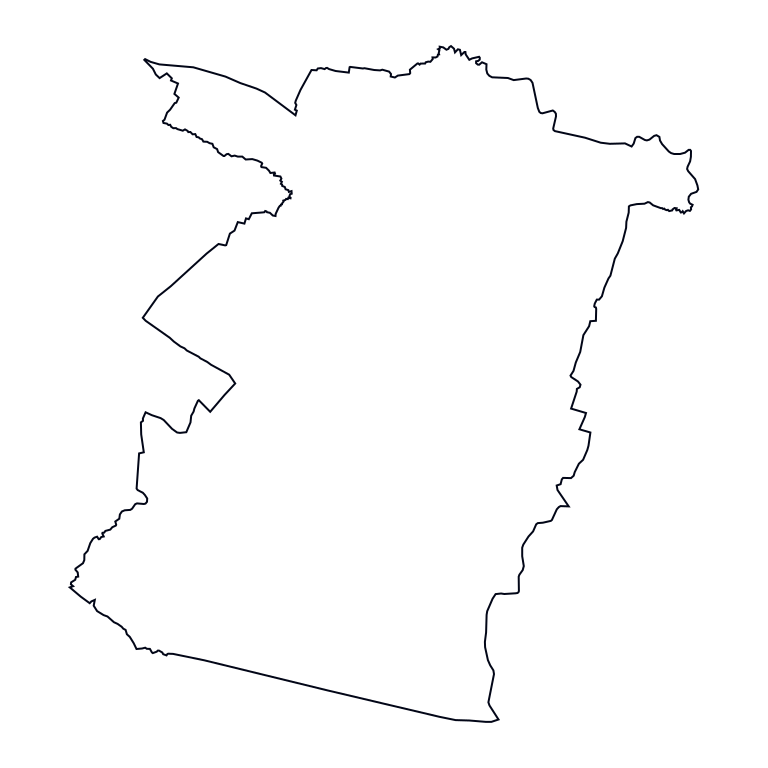 outline of Chian Yai, Nakhon Si Thammarat, Thailand
{"feature_id": "78962969B18712329384624", "entity_name": "Chian Yai", "entity_type": "district", "adm_level": 2, "iso_a3": "THA", "parent_name": "Thailand", "parent_adm1": "Nakhon Si Thammarat", "projection": "orthographic", "projection_center": [100.156, 8.119], "detail": "fine", "context": "isolated", "style": "outline", "palette": "ink", "viewbox_px": 768, "rotation_deg": 0, "n_neighbors": 0, "source": "geoboundaries", "source_scale": "gbopen_adm2", "svg_char_len": 6003}
<svg xmlns="http://www.w3.org/2000/svg" viewBox="0 0 768 768"><path d="M439.4,716.8L455.6,720.1L469.3,720.5L486.2,721.9L491.3,721.9L498.5,719.5L489.5,705.5L488.4,702.3L494.0,674.1L493.4,670.4L490.2,665.3L487.9,660.1L485.1,647.2L484.9,641.9L486.1,632.4L486.6,614.9L487.2,611.2L492.6,598.7L495.6,594.1L501.1,593.5L504.3,594.0L515.5,593.3L517.5,593.0L518.4,592.3L518.9,591.1L518.7,576.7L519.4,574.7L522.7,570.1L523.8,566.1L522.2,556.2L522.2,547.7L523.3,544.6L528.5,536.5L533.1,531.4L536.2,524.3L537.8,523.1L542.9,522.7L550.8,520.9L551.9,520.0L556.8,509.3L558.8,507.1L560.5,506.1L568.7,506.4L557.5,490.0L556.7,485.5L560.6,484.2L561.8,479.4L563.1,477.9L571.0,478.1L573.7,475.7L574.7,472.2L578.9,463.7L583.1,459.8L587.3,450.0L588.5,445.7L590.4,432.5L579.4,429.3L584.8,417.1L586.0,413.0L571.1,408.6L576.7,391.6L576.9,388.9L579.7,387.3L580.5,384.7L578.0,381.5L571.3,377.1L570.5,375.6L573.5,370.9L575.8,362.5L580.2,352.0L583.4,335.1L589.1,326.2L590.3,321.2L595.9,320.8L596.2,308.9L595.9,307.5L594.6,307.0L594.2,306.2L594.8,303.5L596.8,299.6L599.1,299.6L601.9,296.3L604.4,287.6L608.5,278.4L610.4,275.7L614.8,258.7L617.8,253.4L622.7,241.2L626.1,227.9L626.4,221.7L628.7,212.6L628.9,206.4L630.4,205.4L636.8,204.1L644.5,203.7L647.9,202.1L649.7,202.5L653.1,205.3L660.7,208.1L662.1,208.1L663.1,209.0L664.2,208.6L665.3,209.7L667.0,210.2L667.9,209.8L669.2,211.1L672.2,210.4L672.5,209.5L674.5,208.0L676.6,208.3L676.0,209.7L676.4,210.4L679.2,209.9L680.8,212.5L681.8,212.3L682.7,211.2L684.0,213.4L686.1,211.0L688.1,210.3L689.9,210.9L691.1,209.4L690.9,207.3L692.0,206.4L692.6,204.8L690.1,203.6L689.1,202.2L688.4,199.7L688.8,196.7L691.1,193.8L696.5,191.9L698.2,189.4L697.4,185.4L695.1,179.1L688.2,171.2L687.1,169.0L687.6,166.7L690.1,161.4L690.9,156.8L691.0,151.0L690.2,149.9L688.6,149.9L685.0,152.7L680.1,154.0L674.1,154.0L671.1,153.1L668.8,151.5L662.1,144.1L660.0,140.5L659.4,136.9L656.5,135.2L654.1,135.9L649.5,139.6L646.9,140.4L644.9,140.0L639.2,136.8L637.1,136.8L635.4,138.1L633.7,143.6L631.6,146.5L625.0,143.4L609.8,143.8L600.7,142.7L585.0,137.7L554.9,131.1L553.5,130.0L553.2,128.5L556.0,116.4L555.9,113.7L554.7,111.9L552.8,110.5L542.5,113.3L540.7,113.0L539.3,111.8L537.8,107.9L532.5,82.8L530.6,80.0L528.3,78.7L526.2,78.5L513.7,80.1L507.9,78.0L492.1,77.3L489.3,75.8L487.3,73.5L486.3,69.6L486.5,64.2L482.0,62.3L479.2,64.7L477.8,64.6L476.1,63.2L476.1,61.3L478.2,60.9L479.7,59.6L479.8,57.8L479.1,56.8L472.1,58.4L469.3,59.8L465.7,54.4L465.4,52.0L464.4,52.0L461.2,55.1L459.9,49.8L457.9,49.3L455.0,52.4L454.0,48.7L451.0,46.1L449.3,47.2L448.4,48.9L446.4,49.7L443.3,47.4L439.7,46.7L439.8,48.4L438.1,49.2L439.4,50.2L438.7,53.2L439.1,54.4L437.9,54.7L437.5,56.5L435.6,57.5L432.5,57.4L432.7,59.1L430.4,61.8L428.2,61.6L425.7,62.3L425.2,63.5L420.5,63.6L419.6,64.6L418.1,63.4L417.4,63.5L409.9,69.7L410.2,73.1L409.4,74.1L397.8,75.6L394.9,77.5L390.7,76.5L391.0,74.0L389.1,71.6L382.3,69.7L380.1,70.4L374.2,70.0L364.4,68.2L362.9,68.5L350.1,66.9L349.6,67.2L348.8,72.6L335.6,71.0L329.1,69.1L327.1,67.9L326.1,68.0L324.6,69.1L321.0,68.1L317.8,68.5L316.6,70.3L311.5,70.0L300.5,89.9L295.8,100.6L295.2,102.9L296.4,105.0L294.9,109.7L296.8,110.6L295.5,115.3L265.0,92.5L256.5,88.6L240.4,83.1L225.5,76.6L193.3,67.3L159.4,64.4L150.7,61.9L145.1,59.1L144.3,59.9L152.9,68.7L155.8,74.5L159.6,78.1L166.8,73.4L171.8,78.3L171.0,80.5L178.0,83.5L174.4,93.9L178.7,97.6L176.3,102.7L174.7,103.1L170.1,109.7L167.1,112.6L164.5,119.7L162.9,121.0L163.5,123.0L166.9,123.6L168.4,125.0L170.2,124.8L171.2,126.8L173.3,128.2L176.0,128.1L177.4,129.1L182.8,130.7L185.0,129.4L187.6,130.9L188.3,132.1L190.4,132.0L192.6,134.3L195.3,134.1L196.6,137.0L198.6,137.3L199.9,138.5L202.0,139.2L203.4,141.6L207.2,141.8L209.6,143.2L212.4,143.8L213.7,147.3L217.1,149.1L218.1,152.1L223.5,156.0L224.4,156.0L226.6,154.2L228.3,153.9L231.5,156.3L234.7,155.6L237.8,156.6L242.3,156.6L245.7,159.5L252.3,159.1L257.4,160.6L261.7,162.7L262.2,163.5L261.1,166.1L261.5,167.1L266.1,167.8L269.0,170.7L270.4,173.0L274.6,172.5L275.0,173.6L273.9,174.5L274.0,175.5L280.4,176.5L281.4,178.6L280.3,180.6L281.9,181.8L280.9,183.8L282.1,184.6L282.2,185.9L284.8,187.0L285.6,189.3L288.3,190.1L288.9,191.9L291.5,191.1L291.7,193.7L290.1,194.2L289.3,196.6L290.6,197.8L290.5,198.3L288.3,197.8L287.8,199.1L286.1,198.9L285.5,199.9L283.3,200.6L283.6,201.5L282.1,203.4L282.0,204.3L280.9,204.6L280.7,205.7L279.8,205.9L278.6,207.6L275.7,213.8L275.5,216.0L272.8,215.5L269.9,212.8L267.0,212.2L266.5,211.4L265.2,211.0L264.4,212.2L263.1,212.4L251.8,213.3L248.8,219.2L246.0,218.4L244.4,223.6L237.8,222.1L234.5,230.6L229.9,233.6L226.2,245.1L225.2,245.4L218.5,244.0L206.6,253.6L170.7,286.3L157.9,296.5L142.8,317.8L145.7,320.8L169.8,337.8L173.9,341.6L180.4,346.4L184.5,348.3L186.8,350.5L198.8,356.8L200.3,358.3L207.3,362.0L211.1,364.8L229.2,374.7L235.2,383.5L224.5,395.0L210.2,411.8L198.8,400.2L197.9,400.8L194.4,408.5L193.6,411.6L191.2,415.7L190.5,422.4L186.3,432.2L180.0,432.9L177.1,432.5L172.1,428.9L163.7,420.0L160.6,418.1L151.9,415.2L145.6,412.3L142.9,418.5L143.0,420.8L140.9,422.4L141.2,434.4L143.8,452.3L139.1,453.4L136.6,488.6L137.7,490.1L142.9,492.8L144.9,495.0L147.2,498.5L147.0,501.8L145.5,503.6L143.9,504.0L137.0,503.4L135.2,504.2L132.1,508.7L130.3,509.9L124.7,510.3L121.9,511.5L119.9,514.4L119.3,518.7L115.3,521.5L116.2,524.8L115.8,525.6L112.3,527.2L110.3,529.6L105.4,530.9L104.2,532.6L102.5,532.8L102.3,533.5L103.7,536.5L101.3,537.0L99.7,539.1L98.7,539.2L97.1,536.7L94.5,537.6L93.0,538.8L90.3,543.1L87.6,550.9L84.4,554.3L84.3,560.1L83.0,563.2L75.5,568.6L75.4,569.7L77.7,572.4L78.2,576.6L76.0,577.0L75.2,579.8L71.1,582.4L70.9,584.3L73.1,586.2L69.8,587.4L80.7,596.6L89.7,603.2L91.4,601.4L94.8,599.9L93.7,605.7L97.1,611.1L103.6,615.1L107.5,616.5L113.9,622.2L117.6,623.9L121.7,626.8L123.3,628.7L125.6,629.9L126.9,634.3L129.8,636.9L133.7,643.2L136.5,649.0L142.1,648.5L145.2,647.7L146.8,648.8L149.9,648.9L151.9,652.4L152.8,653.1L156.7,651.7L157.8,650.6L159.0,650.6L162.3,652.5L163.2,654.2L166.5,655.4L167.4,654.0L168.2,653.7L173.1,653.9L204.3,660.3L327.5,690.4L439.4,716.8Z" fill="none" stroke="#020617" stroke-width="2"/></svg>